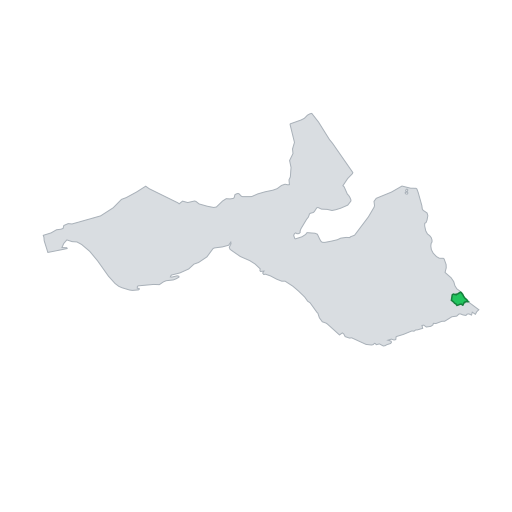 location of Nangade, Cabo Delgado, Mozambique, rotated 74°
{"feature_id": "85939544B17838134976629", "entity_name": "Nangade", "entity_type": "district", "adm_level": 2, "iso_a3": "MOZ", "parent_name": "Mozambique", "parent_adm1": "Cabo Delgado", "projection": "mercator", "projection_center": [39.787, -11.149], "detail": "fine", "context": "in_parent", "style": "filled", "palette": "green", "viewbox_px": 512, "rotation_deg": 74, "n_neighbors": 0, "source": "geoboundaries", "source_scale": "gbopen_adm2", "svg_char_len": 5537}
<svg xmlns="http://www.w3.org/2000/svg" viewBox="0 0 512 512"><g transform="rotate(74 256 256)"><path d="M158.5,342.8L161.8,340.2L183.4,316.4L184.7,315.5L183.0,311.5L185.8,306.9L186.2,299.8L187.0,298.7L190.3,296.3L194.8,289.0L197.7,283.3L198.0,280.6L193.9,272.9L192.7,268.8L194.0,265.2L194.4,261.9L193.8,260.8L191.3,259.4L190.9,257.9L190.9,256.1L191.5,255.2L194.5,253.6L195.2,252.7L197.7,243.8L196.8,237.1L196.8,229.5L197.4,221.6L197.1,217.1L195.2,212.0L195.0,208.3L196.4,205.7L196.6,204.2L191.9,203.3L189.5,201.2L180.5,197.9L173.5,197.4L167.7,192.2L163.2,191.4L157.4,187.7L139.0,187.0L138.4,186.6L137.7,175.3L137.0,171.6L134.8,167.7L134.2,164.9L134.3,163.1L144.4,159.0L164.3,153.3L168.7,151.4L202.5,139.9L203.4,140.6L206.8,146.5L212.4,153.1L213.8,152.2L221.9,151.1L223.1,150.3L225.6,149.6L228.4,149.3L229.4,149.7L232.4,153.8L233.4,161.5L233.5,166.7L233.2,170.4L230.8,174.7L229.0,180.1L226.4,183.1L226.5,184.4L229.4,187.7L230.0,189.0L229.9,191.9L230.3,193.0L232.9,194.8L234.8,197.4L242.2,205.3L244.1,206.7L245.6,207.1L246.3,208.6L245.9,210.4L244.7,211.5L245.2,213.0L246.6,214.1L250.0,213.9L250.4,213.4L250.2,206.5L249.0,202.4L247.6,200.5L250.4,193.0L252.0,191.0L257.5,190.1L260.0,189.4L261.1,188.5L261.9,186.1L262.5,179.5L262.8,173.3L262.2,169.6L263.0,164.1L264.2,160.7L263.6,160.1L263.2,155.5L249.4,137.2L241.6,129.0L240.3,128.2L236.0,127.5L233.7,124.5L231.9,108.2L229.0,96.4L233.5,88.6L235.0,83.6L235.9,82.9L239.7,82.6L253.3,82.7L256.7,83.2L258.2,82.7L261.8,79.7L264.6,79.7L268.6,81.7L270.7,83.3L271.1,84.8L273.7,85.6L278.6,85.9L282.1,85.1L284.4,83.4L286.7,82.5L289.1,82.4L291.0,82.9L292.2,84.2L294.6,85.2L298.2,85.7L302.1,84.9L306.3,82.7L308.7,80.4L309.9,76.5L310.7,76.0L316.6,75.6L319.8,76.4L323.9,78.8L330.8,74.4L335.2,73.0L339.4,73.0L342.9,72.0L345.6,69.9L348.4,68.6L354.3,67.0L358.2,64.9L369.1,56.6L370.3,59.0L372.5,61.2L369.6,63.6L372.2,65.1L370.3,67.4L370.1,69.1L371.0,70.6L369.7,73.3L368.1,75.3L367.7,76.9L369.1,79.6L368.4,84.5L370.7,92.6L370.0,95.3L370.5,101.7L369.6,104.1L371.0,104.9L371.8,107.4L371.2,111.9L368.7,113.8L368.5,115.6L371.5,115.7L371.5,121.3L371.1,122.9L371.8,124.8L371.0,126.9L372.0,136.0L372.1,142.5L372.3,143.6L374.9,144.7L374.8,146.5L373.2,148.8L373.3,152.4L375.1,149.6L376.3,149.6L377.2,150.7L377.3,154.7L377.8,156.6L377.6,158.4L374.5,161.6L374.4,164.9L373.2,165.3L372.6,166.1L373.5,167.9L373.4,169.5L371.3,174.6L361.0,186.6L360.7,188.7L358.1,192.5L355.2,193.1L353.7,194.2L354.9,197.5L341.1,206.1L339.7,207.3L337.5,210.4L332.9,212.1L327.9,212.3L327.1,212.9L315.9,216.9L313.7,218.8L308.9,220.5L301.4,224.8L295.2,228.9L288.2,235.0L287.3,238.2L284.0,242.5L279.1,247.6L276.1,251.9L275.9,253.7L274.2,254.3L272.7,252.5L272.1,256.0L270.9,256.2L269.5,255.5L263.3,259.2L258.7,263.3L252.1,271.3L242.5,279.1L240.3,279.3L237.3,276.6L235.7,276.4L238.1,279.3L238.0,285.9L236.8,293.6L237.0,295.2L243.3,303.4L246.4,313.0L246.7,317.9L249.9,324.2L251.3,333.8L251.0,342.7L252.5,344.1L253.1,342.8L253.3,337.2L254.2,335.7L255.1,335.9L255.9,339.0L256.2,342.2L255.0,349.1L255.3,352.0L256.9,356.8L255.1,362.3L252.2,377.6L252.9,378.6L254.3,379.0L254.9,377.3L255.7,377.3L256.2,378.3L255.0,384.3L253.8,387.0L249.6,393.5L247.3,396.3L243.5,399.1L234.7,403.4L217.0,409.6L205.8,414.5L196.9,420.4L193.1,424.3L191.5,428.8L188.4,433.4L191.0,437.4L194.4,440.2L195.9,435.6L196.8,435.5L195.2,455.1L183.0,455.4L179.5,454.7L177.5,454.8L177.3,446.6L175.8,440.5L176.5,436.2L176.3,433.8L173.7,432.3L173.1,427.6L174.5,424.0L174.6,394.3L170.3,380.0L164.5,369.7L164.1,364.6L161.6,353.3L158.5,342.8ZM236.5,95.3L237.9,94.6L238.1,93.2L237.2,92.6L236.4,92.7L236.0,94.9L236.5,95.3ZM235.5,92.8L234.4,91.8L233.5,92.1L233.2,92.9L234.1,94.1L235.0,94.1L235.5,92.8Z" fill="#d9dde1" stroke="#a8b0b8" stroke-width="1"/><path d="M360.3,70.7L358.4,69.0L358.3,68.9L358.2,68.8L358.1,68.7L358.2,68.4L358.3,68.4L358.3,68.2L358.2,68.2L358.0,67.9L357.9,67.9L357.8,67.7L357.7,67.6L357.8,67.5L357.8,67.3L357.8,67.2L357.8,66.9L357.8,66.7L357.9,66.3L357.9,66.2L358.0,66.1L358.1,65.9L358.1,65.7L357.9,65.6L358.0,65.4L358.2,65.2L358.3,65.2L358.4,64.9L358.4,64.7L358.3,64.8L358.1,64.8L357.6,64.9L357.1,65.0L356.9,65.0L356.5,65.3L356.2,65.4L356.1,65.5L355.6,65.8L355.0,66.1L354.8,66.2L354.7,66.3L354.6,66.5L354.2,66.7L354.1,66.8L353.5,67.0L353.2,67.1L352.9,67.2L352.7,67.3L352.3,67.4L352.2,67.5L351.8,67.6L351.5,67.7L351.1,67.6L350.8,67.7L350.7,67.7L350.6,67.8L350.3,67.9L349.9,67.9L349.6,68.0L349.4,68.0L349.1,68.3L348.9,68.5L348.6,68.6L348.2,68.5L347.9,68.6L347.6,68.8L347.4,69.0L347.2,69.2L347.1,69.3L347.1,69.5L347.3,69.6L347.4,69.8L347.4,70.0L347.4,70.3L347.4,70.6L347.5,70.7L347.5,70.9L347.6,71.0L347.6,71.3L347.7,71.5L347.7,71.8L347.8,72.0L348.0,72.2L348.0,72.3L348.0,72.5L348.1,72.8L348.1,73.0L348.1,73.3L348.0,73.5L348.1,73.8L348.1,74.0L347.9,74.1L347.9,74.3L348.0,74.5L347.9,74.6L347.9,74.8L348.0,74.8L347.9,74.9L347.9,75.1L347.9,75.3L347.8,75.5L347.7,75.6L347.7,75.8L347.5,76.0L347.4,76.1L347.3,76.4L347.2,76.5L347.0,76.8L347.1,77.0L347.2,77.3L347.2,77.5L347.3,77.8L347.5,78.1L352.5,80.4L352.7,80.2L352.8,80.1L353.0,80.0L353.0,79.9L353.3,79.7L353.6,79.5L353.8,79.4L354.0,79.3L354.1,79.2L354.3,79.1L354.4,78.9L354.5,78.9L354.8,78.7L355.0,78.6L355.4,78.4L355.7,78.3L355.9,78.3L356.0,78.2L356.3,78.0L356.4,77.9L356.5,77.8L356.6,77.7L356.8,77.5L356.9,77.4L357.0,77.3L357.0,77.2L357.3,77.0L357.4,76.9L357.5,76.9L357.8,76.9L358.0,76.8L358.2,76.7L358.3,76.7L358.9,76.5L358.9,75.4L358.6,73.0L358.8,72.4L358.9,71.8L359.0,71.7L359.3,71.6L359.5,71.4L359.7,71.2L359.8,71.2L360.0,71.0L360.1,70.9L360.3,70.8L360.3,70.7Z" fill="#22c55e" stroke="#15803d" stroke-width="1.5"/></g></svg>